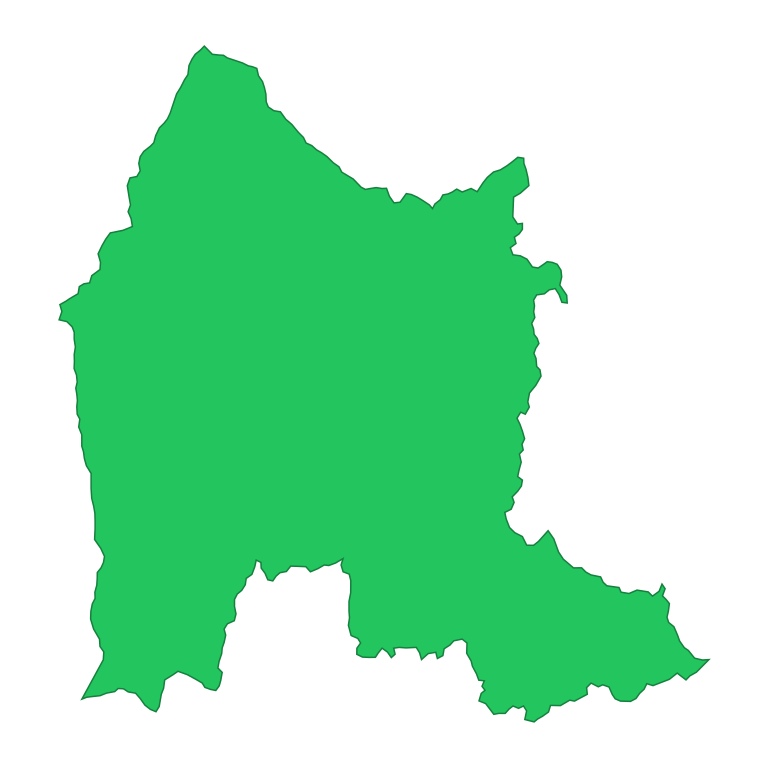 outline of São José dos Pinhais, Paraná, Brazil
{"feature_id": "56859067B24431474585415", "entity_name": "São José dos Pinhais", "entity_type": "district", "adm_level": 2, "iso_a3": "BRA", "parent_name": "Brazil", "parent_adm1": "Paraná", "projection": "natural_earth1", "projection_center": [-49.071, -25.647], "detail": "fine", "context": "isolated", "style": "filled", "palette": "green", "viewbox_px": 768, "rotation_deg": 0, "n_neighbors": 0, "source": "geoboundaries", "source_scale": "gbopen_adm2", "svg_char_len": 5142}
<svg xmlns="http://www.w3.org/2000/svg" viewBox="0 0 768 768"><path d="M59.1,319.8L66.9,321.6L72.2,326.9L74.2,332.2L74.2,339.3L75.4,347.0L74.2,354.5L74.4,361.4L74.1,368.5L76.5,375.0L77.2,382.1L75.8,388.2L76.8,394.2L77.4,400.5L76.8,406.7L77.2,414.2L79.8,419.1L78.7,427.0L81.8,434.8L81.8,446.2L83.5,451.8L84.4,458.6L86.4,465.7L91.1,473.4L91.1,488.3L91.7,498.2L93.7,506.3L94.9,513.4L95.1,521.4L95.1,528.7L94.6,539.5L100.8,548.4L104.5,556.4L103.4,562.7L101.0,567.9L97.3,572.5L97.2,578.4L96.8,585.1L94.9,592.2L95.1,598.4L92.3,603.9L90.9,611.2L90.6,619.0L93.6,629.0L99.5,639.1L100.0,646.5L103.8,651.9L103.3,659.8L81.9,699.1L86.8,697.2L92.6,696.5L100.0,695.7L106.6,693.1L114.7,691.6L118.2,688.5L123.5,688.8L128.2,691.9L135.6,693.2L140.2,698.5L144.9,705.1L150.4,709.4L156.0,711.7L159.2,706.5L161.3,694.2L163.6,688.3L164.7,679.9L172.9,674.8L178.0,671.3L187.2,674.6L195.3,679.0L202.2,683.0L204.9,687.4L210.5,689.4L215.8,690.5L219.2,685.9L220.7,680.6L222.2,672.4L217.9,668.0L219.1,661.3L221.7,653.6L222.2,647.9L224.1,642.5L225.7,635.1L224.1,629.1L227.4,623.8L234.3,620.7L236.0,613.9L234.5,606.5L234.5,599.5L237.2,594.1L241.7,590.4L245.3,584.7L246.2,578.4L251.9,574.4L254.8,566.7L256.2,560.1L260.9,562.4L261.2,568.1L265.0,573.2L267.8,579.8L272.8,580.9L276.1,576.1L280.0,572.7L286.4,571.5L290.7,566.1L297.1,566.3L305.9,566.7L310.4,571.8L317.8,568.7L324.2,565.0L328.8,565.5L335.6,563.0L343.0,558.6L341.1,565.0L343.1,571.8L349.2,574.1L350.8,580.7L350.7,592.7L349.0,601.5L349.0,611.0L349.5,617.9L348.4,625.3L351.1,635.5L357.8,638.4L360.6,643.0L356.9,648.2L356.8,654.3L362.5,657.1L369.4,657.4L375.4,657.3L378.2,653.0L382.1,648.2L387.5,652.1L391.3,657.6L395.1,654.2L393.7,648.2L399.1,647.4L406.1,647.9L416.3,647.4L419.6,652.8L421.5,659.6L428.2,653.6L435.8,652.3L437.4,658.5L442.9,655.6L444.1,648.8L450.0,645.0L453.8,640.8L462.2,639.1L467.0,643.0L466.7,653.3L471.2,661.1L472.4,666.2L476.5,673.9L478.8,680.2L484.3,680.8L482.0,686.3L485.0,690.3L481.2,693.4L479.0,700.9L485.7,703.6L493.8,714.3L498.8,713.4L505.2,713.4L509.0,709.1L513.0,706.0L518.6,708.3L523.5,706.0L526.6,710.9L524.8,719.5L534.1,721.9L537.8,718.9L542.6,716.2L548.5,712.0L550.5,705.4L560.4,705.6L569.7,700.2L574.5,701.1L579.9,698.2L587.3,694.3L586.6,687.6L591.1,683.1L598.3,686.8L602.7,684.8L609.0,687.0L612.3,694.5L615.2,698.8L620.5,701.1L630.5,701.4L636.0,698.5L639.6,693.4L644.1,689.2L646.8,683.7L653.0,685.6L669.4,679.3L677.2,673.1L686.0,679.9L689.8,675.9L696.4,672.2L708.9,659.6L702.5,660.0L694.6,658.2L688.4,650.5L684.3,647.7L679.6,641.0L677.6,635.3L673.9,626.7L668.7,622.5L667.0,617.3L668.4,611.0L669.4,603.6L666.1,599.5L662.5,595.9L665.1,588.7L662.0,584.1L659.1,591.3L652.5,596.1L648.2,591.9L637.0,590.1L629.0,593.5L621.1,592.2L619.0,587.5L606.9,585.8L603.2,582.4L600.6,576.9L590.9,574.9L585.9,572.1L581.6,567.8L573.5,567.9L563.3,559.2L558.6,552.1L553.8,538.9L548.1,530.7L538.4,541.5L533.6,545.3L526.7,545.2L522.4,536.6L514.8,532.7L509.5,527.5L506.2,519.0L504.8,512.4L511.2,509.2L514.1,502.4L512.2,496.9L517.7,491.2L521.4,486.0L522.4,480.1L517.7,476.6L519.1,469.9L521.2,462.2L519.4,454.0L523.2,450.0L522.0,444.3L524.6,438.8L522.4,431.1L519.9,424.2L517.0,418.2L520.7,412.2L525.3,414.2L529.3,407.1L527.8,401.9L529.5,393.0L535.8,385.3L541.0,376.2L540.0,369.9L536.7,366.5L536.0,358.4L533.9,353.3L535.8,348.2L538.9,343.5L537.2,338.4L534.1,334.4L533.6,329.0L531.7,323.5L534.8,317.5L533.7,311.9L534.5,305.8L533.6,300.1L536.7,294.9L544.4,293.8L549.3,289.8L555.3,288.6L559.1,294.6L561.9,302.3L567.2,303.0L566.7,295.3L559.8,285.1L561.7,276.9L561.0,270.3L557.2,264.3L552.3,262.4L547.2,261.7L543.2,264.6L538.2,268.0L532.4,267.0L527.0,259.2L520.3,255.8L512.9,254.8L510.3,247.7L516.0,243.5L514.4,237.2L519.2,233.8L522.4,229.4L522.4,223.4L517.5,224.0L512.8,216.9L513.1,208.6L513.6,197.1L520.3,193.2L528.9,185.6L527.9,177.4L526.0,169.3L523.9,163.4L523.7,158.2L517.8,157.3L511.5,162.4L506.6,166.0L500.3,169.9L493.5,172.0L487.3,177.4L483.0,182.8L477.2,191.7L471.1,188.5L462.2,192.0L456.7,189.1L452.3,192.0L447.9,194.0L442.9,194.9L440.3,199.7L434.9,204.0L432.5,208.6L429.4,204.9L422.7,200.5L417.1,197.1L411.3,194.5L406.3,193.6L400.1,202.2L394.0,202.9L389.4,196.3L386.5,188.3L382.1,188.5L376.1,187.6L370.4,188.5L365.4,189.4L361.1,187.2L353.2,179.0L341.8,172.2L339.0,166.8L333.3,162.8L327.1,156.7L321.5,152.7L316.6,149.9L311.8,145.6L306.1,143.0L303.4,137.4L298.5,132.5L295.4,128.8L291.8,124.4L285.8,119.3L280.4,111.8L273.8,110.7L268.3,107.0L266.2,101.8L265.9,94.1L264.4,87.5L262.5,81.6L258.5,75.8L256.8,68.4L252.3,66.7L248.1,65.8L242.6,63.0L235.2,60.5L227.3,57.9L223.5,55.3L218.7,55.0L212.3,54.3L204.3,46.1L200.2,50.3L195.2,54.3L192.0,59.2L189.0,65.5L187.9,74.7L184.5,79.8L180.7,87.3L176.6,93.9L174.2,101.0L172.3,106.7L170.2,113.1L167.4,119.0L164.0,123.3L159.5,127.7L155.7,135.6L153.8,142.7L150.4,146.2L143.8,151.4L140.2,156.7L138.8,163.4L140.2,170.8L136.9,176.5L130.0,177.9L127.3,185.7L129.1,197.1L130.5,204.9L128.1,211.7L131.1,218.6L132.4,226.5L123.1,230.3L110.3,232.9L105.9,238.9L102.1,245.5L98.1,253.8L100.5,262.3L100.0,269.5L91.8,275.6L89.6,282.9L83.9,283.8L79.3,286.6L78.1,293.7L74.0,296.1L69.6,298.7L65.8,301.3L59.9,304.6L61.9,311.5L59.1,319.8Z" fill="#22c55e" stroke="#15803d" stroke-width="1.5"/></svg>